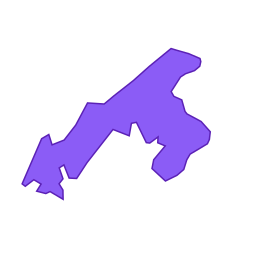 Khadjaabad, Andijon, Uzbekistan, rotated 290°
{"feature_id": "79887680B20673665411961", "entity_name": "Khadjaabad", "entity_type": "district", "adm_level": 2, "iso_a3": "UZB", "parent_name": "Uzbekistan", "parent_adm1": "Andijon", "projection": "orthographic", "projection_center": [72.575, 40.634], "detail": "fine", "context": "isolated", "style": "filled", "palette": "violet", "viewbox_px": 256, "rotation_deg": 290, "n_neighbors": 0, "source": "geoboundaries", "source_scale": "gbopen_adm2", "svg_char_len": 857}
<svg xmlns="http://www.w3.org/2000/svg" viewBox="0 0 256 256"><g transform="rotate(290 128 128)"><path d="M38.3,73.2L41.6,76.5L38.8,91.4L47.4,88.1L52.0,82.3L58.0,84.3L67.0,77.0L71.4,80.4L60.8,89.8L63.0,97.0L81.6,101.4L121.5,114.4L121.1,131.8L133.6,129.6L136.2,134.0L120.5,150.2L121.3,153.6L129.9,159.3L124.3,161.0L123.9,169.1L107.0,163.0L98.1,164.4L91.0,181.3L100.3,190.2L108.1,194.6L118.2,194.1L124.7,195.3L140.3,208.0L145.0,208.4L152.6,206.6L159.1,194.5L161.4,178.6L163.1,175.9L172.8,168.9L173.4,160.3L177.0,156.1L193.9,159.9L198.7,163.5L204.7,170.9L210.6,174.3L215.3,173.7L217.9,171.9L218.6,159.8L217.7,147.0L217.4,141.3L193.3,127.0L174.2,116.7L153.8,104.0L142.4,97.4L137.7,81.4L112.9,77.9L94.8,72.1L86.2,62.4L94.8,55.8L88.4,50.5L39.3,47.6L38.1,51.4L47.2,57.2L45.6,65.5L37.4,63.8L38.3,73.2Z" fill="#8b5cf6" stroke="#5b21b6" stroke-width="1.5"/></g></svg>